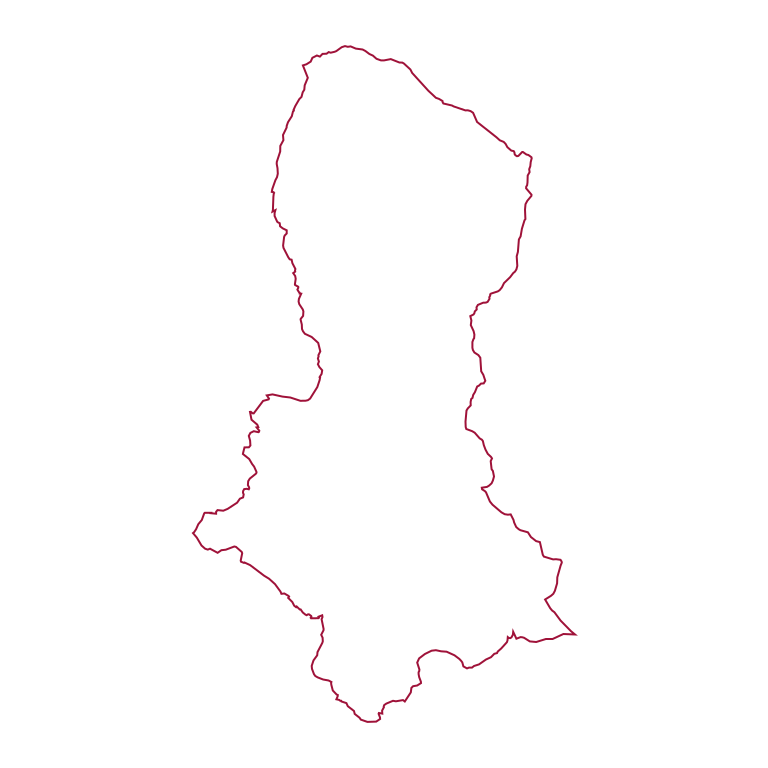 the district of Criscior, Hunedoara, Romania
{"feature_id": "2599482B35707480830117", "entity_name": "Criscior", "entity_type": "district", "adm_level": 2, "iso_a3": "ROU", "parent_name": "Romania", "parent_adm1": "Hunedoara", "projection": "equal_earth", "projection_center": [22.863, 46.127], "detail": "fine", "context": "isolated", "style": "outline", "palette": "rose", "viewbox_px": 768, "rotation_deg": 0, "n_neighbors": 0, "source": "geoboundaries", "source_scale": "gbopen_adm2", "svg_char_len": 6088}
<svg xmlns="http://www.w3.org/2000/svg" viewBox="0 0 768 768"><path d="M575.0,634.5L571.0,631.2L560.6,620.6L554.4,612.2L552.1,610.5L550.2,608.2L545.1,599.5L551.0,595.8L553.3,593.8L554.9,590.8L557.1,583.3L557.3,577.3L560.6,565.6L561.8,562.6L561.6,561.5L560.5,559.8L556.0,559.2L553.1,559.4L543.9,556.6L542.8,554.8L539.9,542.1L536.1,541.1L530.9,537.0L527.9,532.3L520.4,530.2L518.7,529.2L516.2,527.0L514.1,522.4L513.5,519.9L510.7,514.4L507.9,514.7L504.7,514.2L501.4,512.3L492.5,504.7L489.9,501.5L486.0,492.3L484.9,491.1L482.1,489.3L481.8,487.7L487.0,486.9L489.1,485.6L491.6,483.3L492.9,480.5L494.0,476.5L492.9,471.0L491.6,469.2L490.7,461.1L492.0,458.4L491.1,457.0L487.8,453.9L485.5,449.6L483.8,445.1L482.9,441.1L481.9,439.7L479.7,438.4L474.7,432.7L472.2,431.2L466.3,429.0L465.7,427.0L465.5,421.6L466.5,410.5L467.8,408.4L470.7,405.4L470.6,402.0L471.2,399.0L472.5,397.9L473.2,394.9L474.9,392.2L477.2,386.5L479.0,385.6L481.0,383.6L483.7,383.4L485.3,380.8L483.3,374.8L481.2,371.3L480.3,357.7L478.4,355.1L474.4,352.5L472.9,350.0L472.4,347.8L472.4,342.0L473.4,339.2L474.1,338.3L474.4,334.6L473.6,331.1L470.8,325.1L471.4,320.5L470.3,316.1L473.5,314.5L474.3,313.4L474.8,311.4L476.7,309.5L476.5,307.3L477.9,304.9L483.2,302.7L485.9,302.6L487.6,301.9L489.5,298.8L489.3,297.2L490.2,295.6L490.2,294.3L491.0,293.6L497.8,291.4L499.6,290.2L501.9,287.4L504.0,283.1L510.1,277.2L513.2,273.1L515.0,271.6L516.4,269.4L517.3,265.9L516.7,256.3L517.9,251.9L518.9,239.4L520.6,236.4L521.9,228.8L524.5,220.3L525.4,219.1L525.0,209.6L525.5,204.2L527.3,200.8L531.4,195.9L531.5,194.7L526.1,188.3L526.2,186.7L527.1,185.3L527.5,182.4L527.7,175.5L529.6,172.1L529.2,169.2L530.3,166.2L530.7,162.1L531.7,158.2L531.4,157.2L528.4,155.0L526.4,154.5L522.9,152.0L522.2,152.0L518.4,155.9L517.0,156.2L515.5,155.3L514.7,154.3L514.4,152.3L513.7,151.1L511.3,150.6L507.4,147.2L505.6,143.9L503.7,141.9L499.8,140.3L496.5,137.3L477.1,122.0L473.1,112.8L470.6,111.1L467.8,110.3L465.4,110.4L453.6,106.4L452.0,105.5L443.4,103.5L442.7,102.4L442.5,101.0L439.0,98.9L435.9,97.8L428.3,90.7L412.2,73.0L410.4,69.5L403.9,63.5L402.3,62.6L399.4,62.5L390.8,59.1L384.0,60.4L381.0,60.4L376.5,58.8L372.9,55.6L369.4,54.0L365.4,51.0L362.6,49.5L355.8,48.6L350.6,46.4L347.8,46.8L345.0,46.1L341.7,47.2L336.3,51.1L334.6,51.8L330.7,52.7L328.7,52.1L326.6,53.7L322.5,53.9L319.9,56.6L316.9,55.5L312.4,57.8L310.7,61.6L306.4,64.3L302.9,65.4L307.8,77.8L304.7,85.3L304.3,89.7L302.7,92.3L301.5,96.9L299.3,99.1L295.3,106.0L293.6,109.8L293.9,110.2L293.6,111.0L293.0,111.4L291.8,116.2L288.0,122.2L286.7,125.9L286.6,127.6L283.0,135.0L283.4,140.2L280.3,145.9L280.2,151.5L276.8,161.9L276.7,163.9L277.5,168.2L277.8,173.7L277.0,177.2L275.4,180.2L272.3,189.0L271.8,191.9L273.6,192.2L274.1,192.9L273.8,193.3L273.4,196.7L272.9,210.1L272.5,211.6L275.4,210.1L274.6,213.0L274.6,216.0L277.0,221.3L277.5,222.1L279.7,223.2L280.1,226.3L282.8,228.4L286.7,230.3L286.7,233.5L284.7,235.5L284.1,237.0L283.1,245.5L283.5,247.9L288.3,257.3L289.7,259.3L291.6,259.7L292.4,263.2L295.4,269.0L295.0,270.3L295.2,271.6L293.2,273.1L295.2,276.0L295.7,278.8L294.9,284.3L295.1,285.0L298.2,286.7L298.3,287.7L297.4,289.6L298.9,292.1L299.6,292.6L299.6,293.5L301.2,293.7L298.9,298.9L298.6,301.6L299.3,304.2L302.8,309.5L303.4,311.4L303.1,315.9L300.7,318.9L300.6,319.6L301.8,324.5L302.0,329.0L303.0,331.3L304.9,333.8L311.7,337.0L318.2,342.9L320.3,351.4L318.4,355.2L318.6,356.3L317.9,358.5L318.9,361.6L317.9,364.2L319.4,367.1L322.2,370.3L321.6,373.9L319.6,377.1L320.1,377.5L319.6,380.2L317.3,387.1L310.1,398.6L307.9,400.2L305.6,400.7L300.4,400.8L290.3,397.5L282.5,396.6L272.5,394.4L266.8,395.4L269.0,398.6L268.6,399.4L263.1,400.9L253.7,413.4L252.6,413.3L250.8,411.8L250.0,411.9L251.5,419.7L257.3,424.7L258.3,427.1L256.6,427.4L259.3,430.7L259.0,431.8L258.4,432.2L253.8,431.2L250.4,432.9L248.8,435.9L250.1,440.6L250.4,445.5L248.9,447.3L244.5,447.4L243.1,452.9L242.9,454.0L249.2,459.0L252.1,464.0L254.1,466.6L256.4,471.7L256.5,472.7L255.9,473.7L249.8,478.6L248.2,481.2L247.9,485.1L249.1,487.3L249.2,488.5L248.8,489.3L246.8,488.8L244.2,489.1L243.1,491.1L243.0,492.8L243.7,494.4L243.1,497.4L239.9,498.7L237.1,502.7L227.6,508.9L223.3,510.7L217.5,510.1L216.1,511.8L216.1,513.7L210.8,513.2L211.0,512.8L204.8,512.8L204.2,513.4L201.8,520.0L198.3,524.2L196.1,529.2L194.1,532.2L193.0,533.1L196.8,537.6L201.5,545.5L205.1,548.7L207.8,549.6L210.0,548.7L217.6,552.8L221.4,550.2L225.8,549.7L234.3,546.5L236.0,546.9L241.7,551.9L242.2,553.2L240.7,560.6L241.0,561.7L244.0,562.9L244.5,562.5L250.1,565.1L264.1,575.7L269.0,578.7L275.0,584.1L280.5,591.6L281.4,593.8L284.4,593.5L288.5,595.9L289.1,596.6L288.2,597.9L292.3,602.0L294.2,605.7L296.1,607.2L296.7,606.5L299.8,609.5L300.6,609.4L302.8,612.5L305.4,614.6L306.6,615.2L308.1,614.3L308.9,614.3L311.2,616.0L311.4,616.8L310.7,617.8L311.1,618.3L318.4,618.2L319.0,617.7L318.5,616.7L322.2,615.3L322.5,617.0L321.6,619.2L323.6,629.0L323.5,630.3L321.2,634.8L322.6,637.7L322.8,641.3L322.3,642.9L317.5,652.1L317.2,655.3L313.5,660.4L311.7,665.9L312.0,668.9L314.0,674.2L315.3,676.0L317.7,677.4L323.1,679.5L328.6,680.5L331.4,682.0L331.1,682.9L331.3,684.7L332.8,690.5L336.6,694.5L337.8,695.0L337.7,696.2L336.4,699.3L339.1,699.9L340.3,700.8L341.2,700.8L341.5,701.5L346.4,703.1L347.8,706.2L354.0,711.0L354.7,713.9L359.6,717.8L360.8,719.6L367.4,721.9L376.2,721.6L380.1,719.0L380.0,717.4L378.6,713.8L378.9,713.0L382.3,713.6L382.1,710.6L383.9,707.2L383.7,706.5L384.2,705.1L386.3,703.6L393.0,700.8L395.9,701.3L403.0,700.1L404.8,701.5L410.8,692.4L411.4,687.9L413.1,686.2L417.2,685.5L421.0,683.1L420.9,681.7L419.2,677.2L418.6,674.1L418.6,672.2L419.2,671.2L419.4,669.5L417.2,662.6L419.1,658.4L424.9,654.0L431.6,650.7L435.9,650.2L441.1,651.3L446.6,651.7L454.5,655.3L459.3,658.9L461.1,660.8L462.3,662.4L463.4,666.4L467.0,668.4L469.0,667.6L472.0,667.6L474.0,666.0L479.0,664.4L486.0,659.5L491.0,657.2L494.3,653.8L497.0,653.1L497.8,651.5L501.2,648.5L506.9,642.2L507.5,640.4L507.8,637.1L508.9,638.0L510.4,638.1L511.5,637.3L512.9,634.7L513.2,631.8L516.4,638.7L520.6,637.1L522.4,637.3L524.1,637.8L529.8,641.4L536.2,642.0L545.9,639.0L552.6,639.0L563.4,634.0L575.0,634.5Z" fill="none" stroke="#9f1239" stroke-width="2"/></svg>